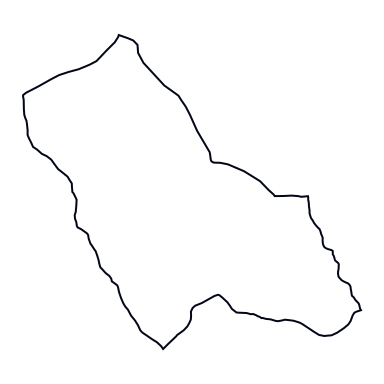 the district of Ngatshang, Mongar, Bhutan
{"feature_id": "84629894B52428030855326", "entity_name": "Ngatshang", "entity_type": "district", "adm_level": 2, "iso_a3": "BTN", "parent_name": "Bhutan", "parent_adm1": "Mongar", "projection": "albers", "projection_center": [91.33, 27.328], "detail": "fine", "context": "isolated", "style": "outline", "palette": "ink", "viewbox_px": 384, "rotation_deg": 0, "n_neighbors": 0, "source": "geoboundaries", "source_scale": "gbopen_adm2", "svg_char_len": 2868}
<svg xmlns="http://www.w3.org/2000/svg" viewBox="0 0 384 384"><path d="M308.0,196.2L301.4,196.8L298.1,196.1L291.6,195.6L283.4,196.0L274.7,196.1L273.6,194.5L268.5,189.9L260.1,181.2L244.0,171.2L227.8,164.3L220.2,162.8L213.7,162.6L211.6,161.5L210.8,159.9L210.1,154.6L209.7,152.2L197.2,131.0L189.9,114.7L185.7,106.6L181.3,100.2L178.4,95.6L164.4,85.6L143.4,62.8L138.1,52.9L137.5,44.9L133.3,40.5L128.1,38.3L119.8,35.4L118.8,35.0L118.1,37.1L114.7,42.4L107.3,49.7L96.5,61.1L89.8,64.6L78.8,69.2L68.1,72.1L59.1,75.1L51.5,79.0L39.1,86.0L26.2,92.7L23.2,95.0L23.0,96.0L23.7,99.9L23.9,109.8L24.3,114.9L25.2,117.8L26.5,120.9L27.0,124.3L27.6,130.0L27.6,134.9L28.8,138.0L31.2,142.7L33.1,147.0L37.0,149.5L41.8,153.8L46.8,156.2L51.2,159.6L52.7,161.7L55.0,164.9L58.1,169.1L61.7,171.9L67.5,176.6L69.8,180.4L71.8,183.4L72.0,187.7L72.3,190.4L72.3,191.9L73.6,193.4L76.6,199.7L76.3,205.8L75.7,212.1L74.7,215.1L75.0,218.6L76.4,222.5L76.5,223.7L76.8,225.8L77.7,227.5L80.9,229.0L86.9,233.3L88.1,234.9L88.7,238.7L90.5,243.8L91.3,244.7L93.8,248.6L95.7,251.3L97.3,255.9L98.5,259.8L99.5,264.5L100.4,267.4L102.0,269.0L105.7,273.1L108.0,274.9L109.5,276.1L111.2,278.6L111.9,281.4L113.6,282.6L117.2,285.3L117.9,286.7L119.1,292.3L121.0,297.9L122.9,302.4L123.4,303.4L125.2,306.5L127.9,309.6L131.1,315.7L135.1,320.6L137.9,325.1L139.9,329.4L140.3,330.3L142.3,332.5L148.0,336.4L152.2,339.3L156.9,342.2L161.1,346.1L163.1,349.0L168.0,344.1L176.1,336.4L177.2,335.0L183.7,330.3L187.2,326.6L189.0,323.6L190.8,319.6L191.1,315.6L190.9,311.6L192.7,307.9L195.2,305.7L201.9,303.0L214.4,296.0L217.9,294.8L219.4,295.2L222.6,297.8L227.5,302.4L230.0,305.9L232.0,309.0L236.5,312.5L239.2,312.7L243.7,312.9L247.0,313.1L250.7,314.2L253.2,314.0L256.3,315.3L257.9,316.3L259.2,316.6L261.6,318.1L262.9,318.0L265.6,318.8L270.7,319.4L275.7,320.9L277.9,321.2L281.8,320.5L285.0,319.7L289.5,320.2L293.9,320.8L299.8,322.7L302.4,324.1L309.2,328.6L314.6,332.2L319.2,335.0L324.5,336.0L326.9,335.7L331.6,335.3L337.0,332.8L343.7,328.3L348.4,324.4L350.7,320.8L352.6,315.6L354.3,312.8L356.3,311.7L361.0,310.2L360.0,308.4L359.4,305.5L358.7,303.5L357.1,301.7L355.8,300.5L354.8,299.1L353.8,297.4L352.0,295.8L351.7,294.6L351.2,291.1L350.7,288.7L350.5,286.6L349.5,284.8L348.2,283.5L345.5,282.3L343.6,281.4L341.5,280.1L339.9,278.3L338.6,276.8L338.3,275.3L338.0,273.7L338.1,271.6L338.6,268.8L338.7,266.2L338.8,264.4L338.3,263.1L336.1,261.3L335.1,260.4L334.7,259.3L334.3,257.5L333.6,255.6L332.8,254.4L332.8,252.6L332.7,250.9L331.5,250.1L328.4,249.2L326.0,248.3L324.4,247.1L323.5,245.5L322.9,243.7L322.7,242.0L322.6,239.8L322.7,237.8L322.0,235.9L321.2,234.2L320.5,231.4L319.9,230.1L319.6,229.1L318.3,228.0L316.2,225.7L314.2,223.2L312.8,220.6L311.0,218.0L310.5,216.5L309.7,214.0L309.5,212.3L309.6,210.4L309.2,208.1L308.9,205.9L308.9,204.2L308.7,202.4L308.6,201.3L308.2,200.3L308.2,197.5L308.0,196.2Z" fill="none" stroke="#020617" stroke-width="2"/></svg>